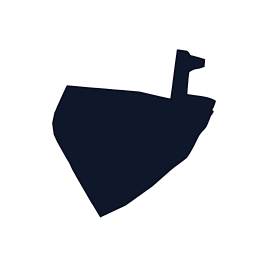 Ismailiyya 3, Al Isma`iliyah, Egypt (Equal Earth projection), rotated 111°
{"feature_id": "37247803B16335235875864", "entity_name": "Ismailiyya 3", "entity_type": "district", "adm_level": 2, "iso_a3": "EGY", "parent_name": "Egypt", "parent_adm1": "Al Isma`iliyah", "projection": "equal_earth", "projection_center": [32.273, 30.612], "detail": "fine", "context": "isolated", "style": "filled", "palette": "ink", "viewbox_px": 256, "rotation_deg": 111, "n_neighbors": 0, "source": "geoboundaries", "source_scale": "gbopen_adm2", "svg_char_len": 1704}
<svg xmlns="http://www.w3.org/2000/svg" viewBox="0 0 256 256"><g transform="rotate(111 128 128)"><path d="M220.5,121.9L220.3,121.8L220.2,121.6L219.9,121.4L200.5,102.8L173.4,84.9L152.8,74.1L147.6,71.2L144.0,68.8L138.1,65.1L134.7,63.1L132.1,62.4L128.2,61.6L120.9,60.6L112.0,59.8L109.0,59.4L105.2,58.3L100.7,56.5L99.4,56.1L97.4,55.8L95.2,55.7L88.3,55.6L87.3,55.6L86.4,55.6L85.8,55.5L85.6,55.2L85.4,55.0L84.9,54.9L83.3,54.9L82.4,54.5L81.6,56.4L80.0,56.5L79.0,56.4L78.4,56.4L78.1,56.1L72.7,56.2L72.4,56.2L72.1,56.2L71.6,56.6L71.6,56.9L71.5,57.1L71.4,59.2L71.3,61.0L71.4,63.0L71.7,65.8L71.9,67.0L72.7,71.2L74.1,77.1L74.9,80.5L75.4,82.9L75.9,85.1L75.7,85.3L71.1,86.8L64.1,88.8L59.8,90.1L54.6,91.4L53.7,91.4L53.4,91.3L53.0,91.1L52.4,90.6L50.9,89.3L49.7,88.2L49.0,87.4L48.1,86.1L46.9,84.1L45.9,82.5L44.7,81.0L43.7,79.9L43.5,79.6L43.3,79.3L39.1,80.5L36.9,81.2L36.9,81.7L37.0,82.1L37.3,86.9L38.0,93.5L38.3,95.8L38.1,96.1L38.0,96.5L37.5,97.0L36.7,97.9L35.9,99.2L35.6,100.2L35.5,100.8L35.7,101.6L36.1,103.4L36.6,105.6L37.3,108.7L37.5,109.2L37.6,109.6L49.2,106.9L61.7,103.9L67.9,102.4L74.3,100.8L80.5,99.4L85.9,98.1L86.6,102.0L87.1,105.5L87.7,109.3L88.0,111.7L88.7,116.6L89.7,123.9L90.5,129.5L90.7,130.6L90.8,130.9L90.9,131.3L93.0,138.6L95.1,146.0L97.3,153.3L99.4,160.7L100.3,163.9L101.5,168.0L103.7,175.3L105.8,182.6L107.8,189.8L109.8,196.7L110.5,199.1L110.6,199.6L110.9,199.7L111.0,199.7L111.4,199.8L114.6,200.0L118.3,200.3L121.5,200.5L130.6,201.0L132.8,201.2L137.9,201.3L140.1,201.5L150.5,199.8L156.9,196.3L160.3,194.4L165.9,188.7L175.6,177.0L177.8,174.3L181.1,170.0L185.7,165.3L186.5,164.4L191.5,158.4L201.0,146.7L210.5,134.9L212.5,132.1L220.5,121.9Z" fill="#0f172a" stroke="#020617" stroke-width="1.5"/></g></svg>